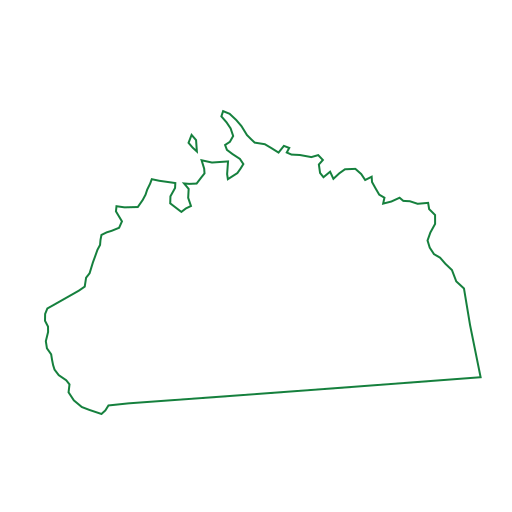 outline of Jundiaí do Sul, Paraná, Brazil, rotated 266°
{"feature_id": "56859067B90908496279670", "entity_name": "Jundiaí do Sul", "entity_type": "district", "adm_level": 2, "iso_a3": "BRA", "parent_name": "Brazil", "parent_adm1": "Paraná", "projection": "natural_earth1", "projection_center": [-50.188, -23.472], "detail": "fine", "context": "isolated", "style": "outline", "palette": "green", "viewbox_px": 512, "rotation_deg": 266, "n_neighbors": 0, "source": "geoboundaries", "source_scale": "gbopen_adm2", "svg_char_len": 1842}
<svg xmlns="http://www.w3.org/2000/svg" viewBox="0 0 512 512"><g transform="rotate(266 256 256)"><path d="M109.2,90.8L112.4,94.9L117.2,98.4L117.9,118.6L118.2,228.6L118.4,277.0L118.7,344.2L119.4,471.6L172.3,464.7L209.1,461.2L216.7,454.0L228.3,450.5L235.0,444.4L241.5,439.5L245.4,433.7L252.2,429.9L259.5,428.2L267.3,431.6L275.5,436.9L284.4,437.5L290.7,432.0L297.0,431.4L296.8,420.9L299.9,413.3L300.7,406.8L304.1,403.3L300.9,394.8L299.4,386.5L305.2,388.2L308.6,383.2L315.5,379.8L321.7,376.9L327.0,376.9L324.2,370.2L330.4,366.7L336.0,361.2L336.3,350.8L332.7,344.9L327.6,338.6L334.9,335.8L329.9,328.8L334.4,325.7L342.9,325.1L347.1,329.4L352.3,325.1L350.8,318.1L353.7,306.8L354.7,298.5L357.1,293.9L361.5,296.7L363.9,291.5L357.6,285.7L362.7,278.7L366.9,272.6L369.2,262.6L372.8,259.3L377.3,255.4L386.5,250.6L393.0,245.8L399.7,239.6L402.8,233.3L397.7,231.2L391.3,236.0L385.0,239.6L377.3,241.6L371.7,237.9L368.9,232.9L363.9,234.4L359.3,239.7L354.0,246.7L348.6,249.8L344.3,246.7L340.0,243.2L334.6,233.3L339.7,232.9L352.3,234.7L352.3,218.6L355.3,208.4L346.7,210.4L342.0,210.4L338.3,207.0L332.4,201.8L332.6,194.4L333.4,189.3L327.6,193.5L318.8,192.4L310.4,194.6L308.4,189.5L305.2,184.6L314.5,174.1L321.5,174.8L329.5,180.0L334.4,180.6L337.8,164.7L339.9,157.4L335.5,155.4L329.8,152.1L324.9,150.1L319.8,146.9L313.1,141.5L313.7,128.2L315.4,120.3L310.3,119.4L299.9,124.7L293.7,121.4L291.2,113.8L290.0,108.7L287.8,103.3L282.9,102.0L277.9,101.2L273.3,98.3L266.2,95.2L261.1,92.9L250.4,88.8L246.2,85.0L237.4,83.0L233.8,76.9L218.2,44.2L212.9,41.6L206.1,41.0L200.1,43.6L194.7,43.3L185.7,40.4L178.5,41.0L172.2,44.8L166.6,45.3L161.3,46.0L156.7,47.1L150.9,50.9L145.3,58.0L140.9,61.0L133.1,59.5L124.7,64.2L117.5,71.7L114.1,79.0L109.2,90.8ZM364.4,204.3L375.8,204.3L381.3,200.2L373.6,196.6L368.6,200.3L364.4,204.3Z" fill="none" stroke="#15803d" stroke-width="2"/></g></svg>